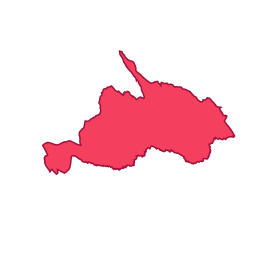 the district of Ileje, Mbeya, United Republic of Tanzania, rotated 327°
{"feature_id": "72390352B17520994539919", "entity_name": "Ileje", "entity_type": "district", "adm_level": 2, "iso_a3": "TZA", "parent_name": "United Republic of Tanzania", "parent_adm1": "Mbeya", "projection": "equal_earth", "projection_center": [33.35, -9.39], "detail": "fine", "context": "isolated", "style": "filled", "palette": "rose", "viewbox_px": 256, "rotation_deg": 327, "n_neighbors": 0, "source": "geoboundaries", "source_scale": "gbopen_adm2", "svg_char_len": 5957}
<svg xmlns="http://www.w3.org/2000/svg" viewBox="0 0 256 256"><g transform="rotate(327 128 128)"><path d="M213.1,150.5L212.7,147.8L211.1,145.9L210.3,145.9L209.5,146.4L208.2,146.6L207.2,146.1L206.3,145.2L205.6,146.2L205.1,146.4L204.2,146.3L202.9,145.5L202.5,144.0L201.8,142.6L201.6,141.7L202.0,139.6L201.8,139.0L200.8,137.6L200.5,135.4L200.1,133.9L199.9,131.4L196.9,126.5L195.1,125.1L194.9,122.7L194.1,122.4L193.8,121.7L192.7,121.3L191.0,119.7L189.6,119.0L189.1,118.1L188.9,115.9L187.3,114.3L186.1,114.0L185.6,113.5L185.3,112.8L185.4,112.0L185.0,111.6L182.7,110.6L181.1,108.2L180.8,108.0L180.2,108.2L178.7,110.4L178.0,106.6L178.2,105.0L175.2,103.8L174.7,104.1L172.6,103.3L171.8,103.0L171.2,102.4L169.3,97.2L168.4,94.2L167.1,88.4L166.6,87.4L165.8,84.8L166.1,83.5L167.0,82.5L167.3,81.3L167.8,80.7L168.4,76.5L168.4,75.5L167.9,74.5L166.2,72.6L165.1,70.8L164.3,67.2L164.3,66.3L164.6,65.3L164.2,63.5L164.1,62.1L164.5,61.3L164.4,60.6L162.8,58.9L161.6,61.3L161.3,62.8L161.3,67.2L160.3,70.9L160.4,73.1L160.1,75.9L160.6,80.3L161.3,83.4L161.2,87.1L161.7,89.8L161.4,91.6L160.9,92.8L161.7,92.4L162.0,93.9L161.3,97.1L161.3,100.7L161.1,101.6L160.1,103.3L159.6,105.7L159.7,107.0L159.3,107.8L158.7,110.4L158.0,111.6L157.2,111.6L156.8,110.8L156.2,110.7L155.8,109.4L155.0,108.6L154.1,108.8L153.5,108.5L150.5,108.9L150.3,108.3L150.5,107.0L150.1,105.5L149.7,104.4L148.8,104.4L149.0,103.3L148.0,101.3L148.5,98.7L148.0,97.7L147.3,96.9L146.3,97.1L145.3,96.8L145.1,96.0L144.8,96.0L143.6,96.3L143.0,97.4L142.3,97.5L141.8,98.0L141.5,97.6L141.5,96.3L141.0,95.8L140.6,94.9L140.6,93.6L140.1,92.0L139.3,92.3L137.8,89.8L137.2,84.3L136.8,83.5L135.3,84.0L134.9,83.4L132.7,82.7L132.2,82.7L131.6,83.3L129.2,82.2L128.3,82.3L126.4,84.0L125.0,84.0L124.5,85.7L124.1,86.1L121.8,86.6L118.7,89.9L117.3,91.0L117.2,94.4L115.7,95.7L114.7,98.5L112.1,100.9L111.0,100.7L109.8,100.9L108.1,100.2L106.2,100.8L105.6,100.8L104.9,100.3L104.2,100.7L103.2,100.4L101.1,100.4L99.1,100.8L97.7,100.3L95.9,98.8L91.2,103.7L89.1,103.8L84.9,105.1L84.5,105.9L83.4,106.9L82.7,109.3L81.8,111.0L80.2,113.3L79.5,114.8L79.2,116.8L78.4,116.3L76.9,114.6L75.5,112.5L74.5,110.4L73.5,109.2L73.1,108.1L72.3,107.3L71.2,106.5L68.8,106.1L67.4,105.2L66.4,104.8L65.8,105.0L65.3,104.7L63.4,104.3L62.0,104.5L59.6,103.8L58.1,102.6L54.3,97.8L52.8,96.4L50.0,95.8L47.0,96.1L46.6,101.7L45.9,106.9L44.7,107.0L43.7,106.5L41.8,107.2L40.8,108.7L40.2,110.7L39.2,111.9L38.6,115.4L38.9,120.1L38.7,122.3L41.5,121.1L42.8,127.7L43.0,127.8L44.6,127.5L46.2,124.4L50.1,131.3L51.9,131.3L55.9,130.5L57.4,129.7L60.6,126.5L64.3,121.8L65.1,121.1L66.3,121.0L67.6,122.2L68.0,122.1L68.1,122.5L68.5,122.7L69.0,123.7L69.1,124.4L70.4,127.7L71.2,128.6L71.2,129.1L71.6,129.8L71.5,130.9L71.7,131.7L73.4,133.2L73.7,133.2L73.9,133.7L74.6,134.0L74.6,134.5L74.9,134.7L75.0,135.5L75.6,135.6L76.1,135.1L76.7,135.5L78.0,137.2L77.9,137.6L78.5,137.8L78.6,138.2L79.6,139.3L79.6,140.7L80.6,141.4L80.9,142.1L81.3,142.1L81.4,142.4L81.9,142.0L82.3,142.8L83.0,143.2L83.6,143.1L84.1,144.3L84.7,145.0L85.7,145.2L86.0,145.5L85.9,145.9L86.4,145.9L86.5,146.3L86.9,146.0L87.2,146.2L88.5,148.2L89.0,148.1L89.9,148.9L90.2,148.7L90.7,149.3L90.5,149.8L91.8,150.0L92.2,150.9L92.1,151.4L93.1,151.9L93.0,152.9L93.3,153.2L93.4,154.6L93.8,154.4L94.0,154.9L94.4,155.0L94.5,154.7L95.2,155.0L95.0,155.7L95.5,155.7L95.8,156.1L96.1,155.9L97.1,156.6L97.3,157.4L97.6,157.3L97.7,158.0L98.1,157.6L98.4,158.1L98.8,158.0L98.9,158.4L99.3,158.4L100.1,158.0L102.0,158.9L102.2,159.0L102.4,158.6L102.5,159.2L103.6,158.4L103.8,159.3L104.3,159.1L104.8,159.4L105.2,159.1L105.2,159.7L105.8,159.2L106.6,159.3L107.0,158.9L107.4,159.3L107.8,159.2L108.1,159.4L108.7,160.1L108.7,160.7L110.1,161.8L111.7,161.7L112.3,162.6L112.7,162.7L113.0,162.5L112.9,161.8L113.3,161.0L113.6,161.0L113.6,160.6L113.8,160.7L114.0,160.3L114.3,160.6L114.8,160.2L115.2,158.9L115.6,158.8L115.8,158.1L117.3,158.6L118.2,158.3L118.8,158.0L118.9,157.4L119.2,157.0L119.5,157.1L119.7,156.4L120.1,156.9L121.2,156.2L121.5,156.3L121.9,156.6L122.0,157.5L123.7,158.1L124.1,159.7L124.6,159.1L125.2,159.0L125.7,160.1L126.2,160.2L126.4,159.7L126.9,160.1L127.7,159.7L127.7,158.8L128.3,158.2L129.3,158.2L129.4,157.8L129.0,157.7L129.0,157.0L130.3,157.5L130.4,156.6L131.3,156.0L131.7,156.3L133.5,155.2L134.5,156.0L135.0,157.3L137.5,155.8L138.6,156.7L140.2,159.1L140.5,161.0L141.4,160.8L141.9,161.7L142.9,162.5L142.8,164.0L143.8,164.7L143.9,165.5L144.5,165.7L144.6,166.5L145.6,167.6L146.6,167.7L147.6,166.8L148.7,168.3L149.4,168.4L149.7,169.2L149.8,170.5L150.4,170.5L150.8,171.0L151.7,169.8L152.5,170.2L152.4,170.8L152.7,171.8L153.2,172.2L153.5,174.0L154.4,174.6L155.1,175.5L156.5,176.7L156.6,177.2L159.3,182.8L158.5,183.5L158.8,185.7L158.2,186.9L158.3,187.6L158.5,187.8L159.2,187.4L159.3,188.7L159.8,189.0L160.4,188.8L160.4,189.8L162.2,192.0L162.3,192.9L162.9,193.1L163.4,193.7L164.1,193.4L164.8,194.1L166.2,194.4L167.1,193.8L168.0,194.2L169.2,195.4L169.6,195.1L170.5,195.2L171.9,196.4L172.6,196.6L173.3,196.5L174.0,195.1L174.4,194.8L174.9,194.9L176.2,196.1L176.8,196.3L177.4,197.1L178.1,197.0L179.3,196.4L179.7,195.7L180.6,195.8L180.8,195.1L182.6,194.0L182.8,193.4L183.1,193.2L183.7,193.4L184.1,192.5L184.9,192.2L185.4,189.9L186.3,189.1L186.7,188.5L186.6,186.8L187.4,185.8L187.8,186.3L188.7,186.0L190.3,186.7L191.3,186.4L191.6,185.7L193.1,185.3L194.6,183.4L194.8,183.4L194.9,184.2L195.2,184.7L196.1,183.8L196.9,185.7L197.7,186.6L198.8,186.3L199.0,186.4L199.7,187.9L201.2,189.4L202.4,188.7L202.8,188.9L203.6,190.8L205.5,190.0L206.3,190.4L207.4,190.3L208.8,190.8L210.6,192.3L211.2,191.9L211.4,193.0L211.7,193.2L213.0,192.8L213.2,192.0L213.4,185.7L213.1,180.8L212.8,179.9L212.6,174.6L215.7,173.1L217.4,171.9L217.4,171.6L216.5,170.5L216.3,170.8L215.7,170.2L214.7,168.8L214.9,167.6L215.2,167.6L215.3,166.8L214.9,166.0L215.2,165.5L214.9,165.4L215.3,163.7L215.1,162.3L215.4,162.0L215.4,161.5L217.3,161.4L217.1,161.0L215.9,160.4L214.3,158.8L213.6,156.6L214.0,156.6L214.0,156.2L213.5,152.6L213.1,152.1L213.1,150.5Z" fill="#f43f5e" stroke="#9f1239" stroke-width="1.5"/></g></svg>